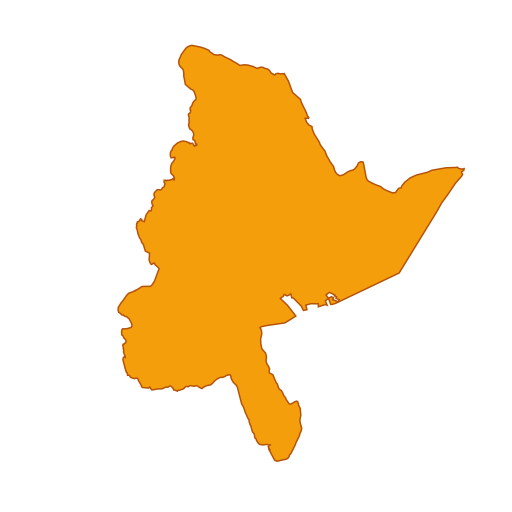 outline of Rokan Hulu, Riau, Indonesia, rotated 25°
{"feature_id": "22746128B35208725321264", "entity_name": "Rokan Hulu", "entity_type": "district", "adm_level": 2, "iso_a3": "IDN", "parent_name": "Indonesia", "parent_adm1": "Riau", "projection": "mercator", "projection_center": [100.261, 0.893], "detail": "fine", "context": "isolated", "style": "filled", "palette": "amber", "viewbox_px": 512, "rotation_deg": 25, "n_neighbors": 0, "source": "geoboundaries", "source_scale": "gbopen_adm2", "svg_char_len": 6117}
<svg xmlns="http://www.w3.org/2000/svg" viewBox="0 0 512 512"><g transform="rotate(25 256 256)"><path d="M406.0,105.7L408.5,97.1L408.8,94.6L407.3,93.8L406.7,92.7L408.2,90.5L407.7,89.5L407.9,88.2L407.4,89.2L405.6,90.3L402.7,91.0L400.9,90.4L399.9,91.2L391.0,95.7L379.1,104.0L376.1,107.6L367.3,114.7L362.8,119.9L359.7,126.2L358.6,130.5L358.7,132.9L357.4,133.7L356.5,134.9L355.6,139.6L353.0,141.1L346.9,141.5L343.1,141.3L339.6,140.4L333.9,140.9L326.7,140.7L324.7,140.1L322.6,138.2L315.3,128.0L313.5,125.7L313.0,125.6L310.8,126.5L309.6,128.4L309.5,132.0L308.6,135.4L307.5,137.2L305.3,138.9L303.3,141.4L301.2,145.0L298.8,147.4L297.4,147.9L294.3,147.4L292.8,146.5L291.4,145.4L288.4,142.1L283.2,139.1L277.7,135.2L274.2,131.8L268.7,128.9L266.6,127.5L265.3,126.1L257.0,120.7L253.2,117.0L252.1,115.1L248.6,114.9L245.6,113.6L242.4,110.5L244.4,109.3L245.4,109.1L245.4,108.3L243.6,107.4L240.8,104.6L232.1,97.6L230.2,95.3L220.1,92.4L211.6,83.9L204.5,78.7L203.8,79.5L202.7,79.6L201.6,80.5L198.6,81.2L197.0,82.4L196.7,83.5L195.9,84.1L192.3,83.7L189.7,82.1L189.1,82.1L188.0,81.6L184.7,82.2L182.2,82.1L180.5,82.9L177.6,85.5L173.3,85.5L167.9,86.4L164.5,87.7L160.8,90.1L156.2,89.4L153.1,89.3L150.4,88.8L144.0,88.8L139.9,88.4L138.7,88.6L136.2,90.2L132.5,91.3L130.9,90.8L128.0,90.5L126.3,89.5L121.5,89.6L117.9,90.0L108.8,92.2L106.7,94.0L105.4,95.7L104.6,97.5L103.2,104.7L103.4,111.0L104.0,112.9L105.2,114.8L106.9,116.2L110.5,117.5L111.5,118.2L113.4,121.0L113.1,121.1L113.4,121.1L114.4,123.3L119.5,130.4L126.3,132.3L128.7,132.3L130.4,133.1L134.4,137.2L135.3,138.9L135.3,139.9L134.5,141.3L134.0,143.8L134.3,146.7L133.7,149.8L134.6,150.9L134.5,151.3L135.3,151.9L135.8,153.2L135.7,154.5L135.0,155.4L134.9,156.3L137.6,159.9L137.6,160.8L139.0,163.3L139.4,165.7L142.1,168.7L145.0,169.3L147.0,170.6L148.1,171.9L148.5,173.0L148.8,175.5L149.5,176.9L149.8,177.2L151.7,177.2L153.3,179.4L154.0,179.4L154.4,180.1L155.1,179.8L155.4,180.2L155.0,181.4L154.2,181.6L153.8,182.4L153.1,182.3L152.4,181.4L150.5,180.7L150.3,181.1L148.9,181.6L148.9,182.0L148.5,182.2L147.5,181.6L147.3,181.9L145.0,181.7L141.5,182.5L139.2,184.2L137.1,186.7L135.1,191.1L134.8,194.1L135.2,195.6L134.7,196.2L134.7,196.8L134.8,198.6L135.5,200.3L136.3,201.8L137.6,202.9L139.6,201.7L140.2,200.9L141.0,201.0L141.4,201.9L141.3,204.8L140.5,208.1L141.0,211.3L142.4,214.6L144.0,217.0L147.3,218.2L148.0,219.0L149.1,219.7L149.7,221.5L149.0,221.7L148.0,221.1L147.2,222.6L146.3,222.9L145.5,224.0L144.3,224.5L144.0,224.9L143.4,224.9L142.8,225.8L142.1,225.5L141.6,226.1L140.8,226.2L141.5,228.0L143.1,229.1L143.1,230.5L143.5,232.2L142.4,233.6L142.3,235.7L141.9,236.2L141.5,236.6L139.9,236.9L138.3,237.9L137.1,241.7L137.6,243.7L139.5,245.6L139.2,248.0L138.4,249.8L138.6,251.0L140.2,253.2L141.4,253.9L140.9,256.4L141.7,258.3L141.8,259.4L141.4,259.8L140.0,259.9L139.0,264.9L140.2,272.1L137.3,272.3L137.0,271.1L135.6,271.2L135.3,274.0L134.1,275.1L134.5,276.2L134.1,276.8L134.4,278.0L135.1,278.9L135.2,279.8L135.8,281.2L136.9,282.1L140.3,286.5L141.2,287.1L142.1,288.2L145.2,290.3L146.5,291.9L149.0,293.1L153.6,298.3L158.4,298.5L160.8,304.8L163.0,307.0L164.3,307.8L165.0,307.8L166.3,305.7L166.9,305.4L168.4,306.7L171.1,307.3L173.7,308.6L173.7,311.1L174.6,321.3L174.0,326.2L173.0,328.2L165.8,331.6L161.6,338.0L161.1,338.1L161.1,338.8L160.6,338.9L159.3,340.7L156.3,343.6L155.3,346.8L154.4,352.2L153.5,355.7L152.9,360.9L154.0,363.5L155.4,365.1L157.9,365.4L158.9,366.1L159.9,366.0L160.7,365.5L162.1,366.1L164.4,365.7L167.6,366.6L171.1,369.2L172.8,371.1L173.2,371.7L173.0,373.5L170.3,376.0L167.5,377.7L165.9,378.3L165.7,379.8L166.1,381.3L167.7,384.2L169.2,384.6L170.5,385.9L172.6,386.7L174.2,387.7L174.5,389.8L173.8,390.7L173.7,391.6L173.5,391.9L173.3,391.6L172.9,392.1L173.0,393.3L174.7,395.4L175.0,396.4L175.8,396.8L176.3,398.6L177.0,399.6L180.4,402.9L180.5,403.2L179.1,403.1L178.7,404.1L179.2,406.2L185.1,413.4L187.4,416.0L188.5,416.2L190.0,418.4L191.0,417.8L191.7,417.7L193.6,419.0L197.8,418.5L198.9,417.3L199.9,416.9L200.9,417.4L202.7,419.0L205.8,421.0L207.9,423.0L208.9,423.1L214.5,421.1L215.1,419.6L217.0,420.9L218.3,421.4L222.7,418.3L227.1,416.0L229.5,413.1L231.7,412.1L232.8,410.1L233.5,409.9L236.5,410.8L237.3,411.3L237.9,412.2L238.4,411.9L242.0,411.7L242.0,410.7L243.6,409.8L246.6,406.8L247.1,404.8L247.7,403.8L250.0,403.1L250.7,401.7L251.6,401.1L255.2,400.2L256.3,398.9L258.3,398.5L260.0,399.0L263.1,399.0L263.8,397.2L265.6,394.9L267.5,393.2L269.0,392.3L270.2,390.3L271.5,386.3L272.6,384.1L274.6,381.4L275.8,380.6L277.0,380.2L279.0,378.1L279.5,376.9L282.6,374.5L284.3,375.7L284.7,376.9L287.2,379.0L289.1,380.2L293.1,381.6L294.8,383.0L305.3,395.9L308.6,398.3L312.5,402.4L317.7,406.8L319.0,407.5L319.6,408.7L321.6,411.1L322.9,412.0L327.0,416.8L329.5,418.0L330.1,418.7L331.5,421.0L332.5,421.6L333.5,421.7L333.9,422.5L336.2,424.2L338.7,425.2L341.1,424.6L342.6,424.1L344.6,422.6L348.6,421.3L347.7,423.8L350.2,425.5L349.4,425.8L358.5,432.7L359.3,433.2L360.4,433.0L361.0,433.3L362.5,432.7L365.8,429.9L369.0,427.6L370.3,426.0L370.7,424.2L370.5,422.3L371.1,420.5L371.4,409.7L371.1,408.8L371.3,400.5L370.8,398.5L370.9,396.1L370.3,393.0L365.8,387.5L364.7,384.9L364.0,381.5L360.4,375.4L357.8,373.3L355.3,370.4L354.1,370.4L352.8,371.7L350.0,375.8L348.2,375.8L344.2,373.4L342.8,372.1L339.8,370.5L338.3,369.0L335.8,367.2L333.9,366.9L332.2,366.1L329.6,363.1L327.8,362.2L321.4,356.5L318.2,356.4L317.1,355.7L316.3,354.3L316.2,352.8L313.9,350.6L312.3,349.8L310.2,347.8L309.1,346.2L308.5,343.8L306.5,340.8L305.5,339.9L300.5,337.6L299.9,336.8L297.1,333.0L295.2,329.0L294.3,324.7L293.3,322.5L291.0,319.8L289.9,319.4L290.4,318.1L295.7,314.1L310.5,304.4L317.5,293.6L305.5,287.4L296.0,284.2L297.8,280.9L297.7,279.0L301.0,279.0L302.1,277.9L303.5,275.7L306.2,278.8L307.6,278.3L318.0,282.2L322.0,285.3L324.9,283.1L321.9,279.5L325.8,276.1L332.7,273.0L334.0,275.7L339.3,270.7L341.3,270.5L337.9,267.4L339.5,263.7L344.2,268.3L345.7,267.5L348.2,265.2L392.9,210.9L401.1,139.4L401.9,129.0L403.7,120.1L406.0,105.7ZM339.5,263.7L335.9,261.7L337.9,257.9L344.0,258.1L343.9,259.0L346.2,258.9L346.3,260.5L349.8,260.5L349.8,262.7L343.8,263.1L343.9,261.1L341.5,261.1L339.5,263.7Z" fill="#f59e0b" stroke="#b45309" stroke-width="1.5"/></g></svg>